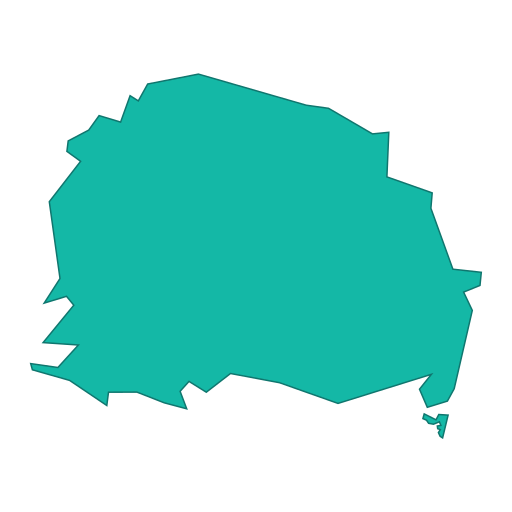 outline of White, Tennessee, United States of America
{"feature_id": "52423323B94676857448045", "entity_name": "White", "entity_type": "district", "adm_level": 2, "iso_a3": "USA", "parent_name": "United States of America", "parent_adm1": "Tennessee", "projection": "robinson", "projection_center": [-85.426, 35.924], "detail": "fine", "context": "isolated", "style": "filled", "palette": "teal", "viewbox_px": 512, "rotation_deg": 0, "n_neighbors": 0, "source": "geoboundaries", "source_scale": "gbopen_adm2", "svg_char_len": 918}
<svg xmlns="http://www.w3.org/2000/svg" viewBox="0 0 512 512"><path d="M106.8,405.5L108.5,392.2L136.9,392.1L164.2,402.8L186.7,408.8L180.1,391.3L189.0,381.4L206.3,392.2L230.5,373.5L279.5,382.7L338.0,403.4L431.4,374.3L419.5,389.2L427.3,407.3L447.4,401.1L454.2,388.7L472.3,310.4L463.6,292.1L480.0,285.4L481.3,272.3L452.9,269.2L430.9,208.3L432.2,192.9L386.9,176.9L388.8,132.3L372.5,133.9L328.5,108.3L306.2,105.2L198.4,74.1L147.7,84.0L138.3,100.9L130.1,95.7L120.6,122.1L99.1,115.6L88.7,130.1L68.2,140.9L66.9,151.4L80.6,161.3L49.3,201.7L60.0,278.5L44.2,303.1L66.5,296.3L73.8,305.2L43.1,342.6L78.4,345.0L57.9,367.5L30.7,363.6L32.4,369.8L69.6,380.4L106.8,405.5ZM424.2,413.9L422.9,418.6L426.5,420.2L428.6,423.3L433.5,424.2L439.4,421.8L440.9,425.4L437.3,426.0L437.7,428.7L440.3,429.6L438.4,432.6L440.1,436.3L442.6,437.9L448.1,415.1L438.8,414.5L436.0,419.8L424.2,413.9Z" fill="#14b8a6" stroke="#0f766e" stroke-width="1.5"/></svg>